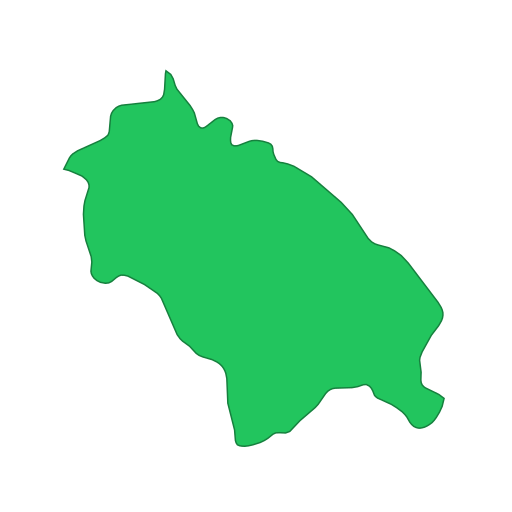 outline of Al Quassim, rotated 80°
{"feature_id": "SAU-846", "entity_name": "Al Quassim", "entity_type": "Region", "adm_level": 1, "iso_a3": "SAU", "parent_name": "Saudi Arabia", "parent_adm1": "", "projection": "mercator", "projection_center": [43.262, 25.97], "detail": "fine", "context": "isolated", "style": "filled", "palette": "green", "viewbox_px": 512, "rotation_deg": 80, "n_neighbors": 0, "source": "natural_earth", "source_scale": "10m", "svg_char_len": 2659}
<svg xmlns="http://www.w3.org/2000/svg" viewBox="0 0 512 512"><g transform="rotate(80 256 256)"><path d="M428.9,95.5L436.4,98.8L441.6,102.4L446.3,106.5L448.6,108.9L450.6,111.5L452.0,114.3L453.1,117.1L453.8,119.8L454.0,122.1L454.0,124.1L454.0,124.4L453.6,126.1L452.7,128.1L451.2,130.2L448.9,132.0L446.3,133.4L440.7,135.4L437.8,137.0L434.9,139.0L429.8,143.8L425.5,148.6L417.0,161.0L415.1,162.7L413.7,163.5L409.2,164.4L406.4,165.3L403.9,166.8L401.7,169.7L401.4,172.7L402.3,178.5L402.3,184.2L399.9,200.9L399.9,203.7L400.5,206.3L401.7,208.9L403.6,211.4L412.8,220.5L415.5,224.0L425.7,241.2L434.5,253.0L434.7,253.5L435.4,257.6L434.1,263.5L433.6,267.2L434.4,270.2L437.6,276.0L439.1,279.7L440.4,284.3L441.4,291.9L441.6,296.4L441.4,300.1L440.8,302.8L440.0,305.1L438.7,307.1L436.5,308.0L434.1,308.3L423.6,307.3L396.1,309.3L371.6,306.0L366.2,306.1L363.6,306.6L361.1,307.4L358.8,308.5L356.9,309.8L355.4,311.0L353.6,312.9L350.5,317.1L346.2,325.8L344.0,329.3L341.5,331.8L333.3,337.1L327.2,343.0L324.3,345.1L319.7,347.3L281.2,356.5L278.4,357.8L275.6,359.7L264.7,370.8L253.5,385.7L252.0,389.2L251.4,392.3L251.9,394.8L253.0,397.4L256.0,402.6L256.9,405.7L256.7,409.0L254.9,413.8L252.6,416.9L249.8,419.3L247.1,420.6L244.7,421.2L242.4,421.2L233.4,418.7L228.0,418.4L211.6,420.8L205.8,421.0L185.0,418.7L176.8,416.7L171.7,414.8L159.5,408.5L157.0,408.1L154.3,408.5L151.6,409.7L148.5,412.2L146.9,413.7L139.3,425.3L137.1,430.2L127.0,422.7L125.1,420.8L123.6,418.6L121.4,413.4L115.3,389.5L113.4,384.5L111.4,381.0L111.2,380.8L109.9,379.9L108.0,378.9L93.1,374.9L90.4,373.5L88.0,371.4L85.6,367.9L84.6,365.0L84.2,362.1L86.4,329.1L86.0,326.1L85.1,323.0L83.3,320.5L81.1,318.9L76.0,317.1L60.7,313.5L58.0,312.5L62.4,308.4L67.1,306.8L74.0,306.0L78.0,304.9L96.4,294.8L100.8,293.0L104.4,291.9L115.5,290.8L118.2,290.0L120.2,288.2L120.8,286.1L120.5,284.2L119.8,282.5L114.5,272.5L113.6,269.7L113.4,266.9L114.0,263.9L115.5,261.0L118.4,257.9L121.2,256.6L123.6,256.3L125.6,256.9L134.7,260.4L137.5,261.0L140.1,261.2L142.3,260.5L143.7,258.5L144.1,256.2L144.1,254.2L143.9,253.1L141.9,242.6L141.7,240.1L141.9,237.5L142.4,234.8L144.2,229.4L146.8,224.1L148.5,222.0L150.7,220.9L153.3,220.8L156.0,221.1L158.9,220.9L164.3,219.6L166.6,218.3L168.1,216.0L168.9,213.3L170.9,208.7L174.2,203.1L187.7,187.5L218.0,162.8L231.9,153.9L258.2,142.5L262.2,139.7L264.7,136.8L266.3,133.9L271.1,123.6L275.2,118.4L280.8,112.9L289.4,107.3L333.2,84.8L338.8,82.6L341.5,82.0L344.2,81.8L346.8,82.2L349.4,83.1L352.0,84.6L356.3,88.2L364.5,97.1L379.2,109.0L384.3,112.1L387.1,113.0L399.1,113.6L406.8,115.2L409.4,115.3L411.7,114.8L413.8,113.5L415.2,112.2L424.1,100.0L428.9,95.5Z" fill="#22c55e" stroke="#15803d" stroke-width="1.5"/></g></svg>